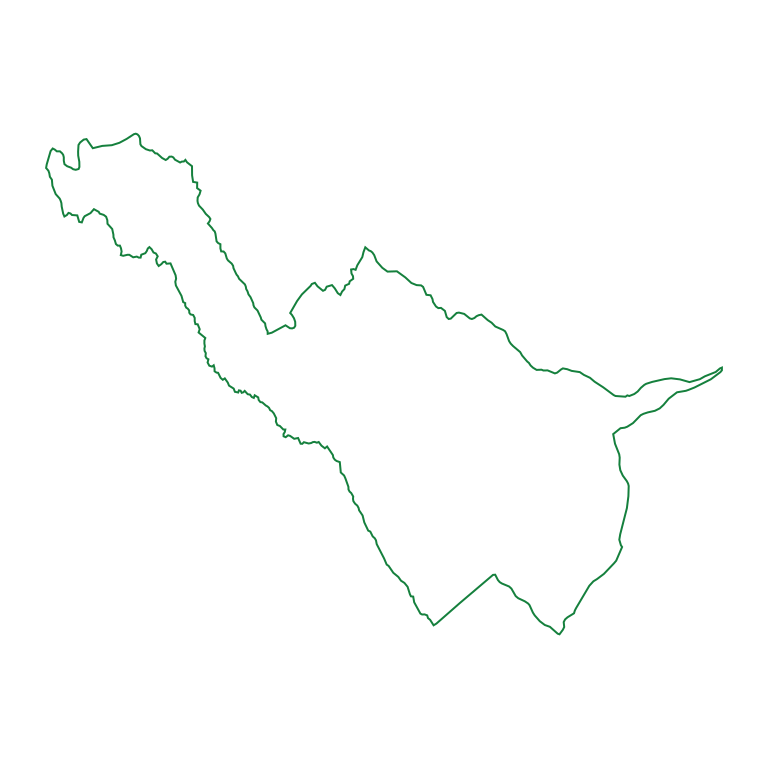 outline of Kandara, Central, Kenya
{"feature_id": "3690345B86008432218279", "entity_name": "Kandara", "entity_type": "district", "adm_level": 2, "iso_a3": "KEN", "parent_name": "Kenya", "parent_adm1": "Central", "projection": "equal_earth", "projection_center": [37.007, -0.881], "detail": "fine", "context": "isolated", "style": "outline", "palette": "green", "viewbox_px": 768, "rotation_deg": 0, "n_neighbors": 0, "source": "geoboundaries", "source_scale": "gbopen_adm2", "svg_char_len": 6076}
<svg xmlns="http://www.w3.org/2000/svg" viewBox="0 0 768 768"><path d="M574.0,613.3L574.9,610.4L576.1,608.1L589.3,585.8L593.4,581.3L597.0,579.1L603.9,573.9L614.0,563.3L616.2,560.7L622.1,547.0L620.9,545.2L619.3,539.7L620.2,534.3L626.9,508.1L628.4,496.2L628.7,486.0L628.1,483.6L626.8,481.1L622.8,475.6L620.3,470.2L619.4,464.6L619.7,457.6L619.2,454.3L615.0,443.7L613.2,434.1L620.5,428.2L624.7,427.7L627.3,426.7L633.0,423.1L640.7,415.2L643.5,413.8L647.8,412.4L654.9,410.8L659.7,408.4L663.5,404.9L668.7,398.7L677.0,392.3L685.9,390.8L688.5,389.9L694.5,387.5L710.8,379.3L720.4,372.1L721.9,370.3L721.9,367.6L720.0,368.4L715.7,372.0L704.9,376.3L699.8,379.2L689.5,382.1L680.0,379.4L671.2,378.3L664.5,379.1L652.2,381.9L646.2,383.8L644.3,384.9L640.9,387.8L637.7,391.5L634.3,394.0L629.3,396.0L627.3,395.4L625.5,396.7L615.5,396.0L613.7,395.1L603.2,387.3L594.6,381.7L590.0,377.8L583.9,374.9L579.8,372.1L571.7,370.9L567.2,369.2L562.9,368.4L561.0,369.5L557.2,372.6L554.9,373.4L547.6,370.4L543.4,370.5L541.5,369.7L536.6,369.9L533.0,367.7L530.6,365.5L528.9,362.9L527.2,361.5L522.1,355.5L520.2,352.1L513.1,346.1L510.7,343.6L509.1,341.1L506.6,334.2L505.1,331.3L503.2,330.0L495.3,326.5L491.6,322.7L487.7,320.1L481.5,314.6L478.7,315.2L476.5,316.2L474.4,318.0L471.9,319.0L469.8,318.4L464.2,313.9L458.9,312.6L456.6,313.0L450.8,318.6L448.7,319.0L446.7,317.1L444.9,310.9L441.0,307.9L438.3,308.1L436.0,306.5L433.0,301.9L432.5,299.1L430.6,295.3L426.4,294.8L423.1,286.9L421.1,285.4L416.6,285.1L411.4,283.0L405.3,277.4L396.9,271.3L387.5,271.6L382.3,267.8L376.6,261.4L374.2,255.1L372.4,252.5L370.7,251.1L369.0,250.5L365.3,247.3L363.5,252.1L362.3,257.1L357.3,265.3L355.6,269.8L353.6,269.1L351.1,269.5L351.5,273.5L353.0,276.2L353.2,278.8L349.7,281.3L349.1,283.8L345.2,285.6L344.4,289.1L342.1,291.5L340.4,295.0L337.8,293.2L334.8,288.4L332.0,285.1L326.7,286.7L325.1,289.8L323.0,290.8L317.5,286.3L314.9,282.8L311.8,284.0L310.6,285.9L301.9,294.4L297.1,301.0L290.2,313.0L292.0,315.0L294.0,318.3L295.2,321.8L295.3,325.8L294.1,327.7L292.2,328.4L289.9,328.2L285.5,325.3L271.8,332.7L267.7,333.8L267.6,331.3L266.5,329.3L265.5,326.2L265.1,323.4L261.4,319.7L260.8,317.5L257.5,310.5L254.4,307.4L253.5,305.3L253.2,303.1L250.5,297.1L248.5,294.4L247.5,291.3L246.2,289.0L245.8,286.6L244.9,284.4L239.1,278.8L237.9,276.2L236.6,274.7L235.6,272.7L233.5,268.2L233.1,265.8L231.7,263.6L228.0,260.4L226.8,258.5L225.3,253.4L223.6,251.5L221.2,251.4L220.4,248.4L220.4,244.2L218.2,243.1L216.6,241.4L215.4,233.5L214.7,231.4L213.3,230.1L212.0,228.1L207.9,223.5L209.5,221.4L210.4,219.0L209.2,217.1L205.8,213.9L202.8,209.6L199.0,205.6L197.9,203.1L197.5,200.9L197.7,197.4L199.5,194.4L200.6,190.7L197.1,188.1L197.2,182.6L193.1,181.9L192.1,175.4L192.0,166.2L187.0,162.3L185.4,159.9L183.9,161.5L181.8,161.6L180.1,162.5L175.0,159.7L173.3,157.4L171.7,156.6L169.4,156.7L167.6,158.8L165.7,160.0L162.1,158.0L157.1,153.5L155.2,153.3L152.3,150.3L149.9,150.5L145.9,149.2L141.5,146.1L140.4,144.3L140.0,138.4L139.0,136.0L137.5,134.4L135.8,133.7L133.9,134.2L126.5,139.0L119.4,142.8L111.8,145.2L102.3,145.9L92.8,148.2L86.5,139.1L83.7,139.6L80.1,142.5L78.5,145.0L78.1,151.6L78.2,155.6L79.3,161.8L79.4,167.0L78.6,169.0L75.7,169.8L73.1,169.2L71.1,167.7L67.1,166.2L64.5,164.2L63.8,160.8L63.8,157.3L63.2,154.9L62.1,153.3L59.9,151.3L56.8,151.3L54.8,149.6L52.7,148.5L50.6,151.1L46.7,164.5L46.1,168.0L48.4,170.7L49.3,173.3L49.9,176.8L51.9,179.7L52.4,185.7L55.7,194.1L59.7,198.6L60.6,200.6L61.4,203.1L61.7,206.6L63.2,213.7L64.4,216.5L66.9,215.0L68.5,212.9L70.5,213.5L72.0,215.0L77.3,215.4L79.2,221.9L81.8,222.4L83.5,217.9L84.7,216.2L90.5,213.1L93.9,209.2L98.7,211.8L99.7,213.6L103.7,214.9L106.1,216.7L107.3,220.1L107.5,223.8L112.2,229.0L113.4,234.6L113.5,237.3L114.9,240.5L115.9,244.0L117.7,245.6L119.9,245.6L121.0,248.3L121.6,251.5L120.8,255.1L123.2,255.8L127.4,254.8L129.3,254.8L133.2,257.3L136.8,256.6L138.8,257.6L140.6,257.6L141.3,254.7L145.3,253.2L146.8,251.0L147.8,248.5L149.4,247.1L151.6,249.2L153.5,252.5L155.9,253.5L157.7,256.3L156.1,259.5L156.9,263.4L158.7,266.0L161.3,264.2L163.3,262.0L165.2,261.7L166.5,263.7L170.5,263.4L175.6,275.3L176.1,278.7L175.3,281.8L175.9,285.5L181.5,295.9L183.2,302.1L185.2,303.1L185.2,305.6L186.2,307.6L187.8,308.7L189.2,310.5L189.3,312.8L190.5,314.4L193.2,315.0L194.7,317.9L194.7,321.1L195.4,324.1L197.7,324.3L199.7,329.2L198.6,332.5L205.3,338.0L204.4,340.5L204.4,343.6L204.9,346.4L204.4,348.6L204.6,350.9L205.8,353.1L205.5,356.3L206.6,358.3L208.4,359.3L207.6,362.5L209.3,365.7L212.0,366.6L213.7,365.3L214.5,368.2L214.6,371.3L216.5,372.6L218.1,372.8L220.6,377.9L222.8,379.8L224.8,378.4L227.8,382.6L229.0,385.6L233.7,388.6L234.9,391.8L238.2,392.5L238.9,390.4L240.6,390.7L241.7,392.8L243.3,392.3L244.7,390.9L247.7,394.2L250.0,394.6L251.8,397.0L253.8,397.9L254.7,395.3L258.2,397.4L258.7,400.0L260.4,402.1L262.3,402.4L265.8,405.5L267.4,406.4L269.0,407.8L270.2,410.2L271.9,411.1L273.8,413.4L276.2,418.2L275.9,421.6L277.3,425.0L279.9,426.0L283.3,429.5L285.3,429.5L284.8,432.0L283.5,434.1L283.6,436.3L285.7,437.2L288.1,435.3L290.1,435.9L294.2,438.8L298.1,438.0L300.6,443.7L302.3,443.8L303.9,442.2L308.7,443.5L311.2,443.0L312.9,442.1L314.6,441.9L316.9,442.7L318.7,442.0L321.5,445.7L324.9,448.3L327.1,446.5L332.9,455.1L333.3,457.5L334.8,459.7L336.6,461.0L339.8,462.1L340.8,472.5L344.1,475.5L345.4,478.4L348.4,486.8L348.5,489.5L349.6,491.6L351.2,493.0L353.2,496.5L353.0,498.9L353.4,501.2L355.1,503.7L357.3,505.6L358.6,508.0L359.1,510.3L362.6,515.5L364.3,522.4L368.2,530.6L370.3,531.6L372.7,536.4L374.8,538.3L376.0,540.4L376.7,544.1L384.1,558.5L386.7,564.6L388.6,565.9L393.3,572.8L398.3,576.9L401.0,580.7L404.4,582.9L407.6,586.8L409.9,594.2L410.9,596.3L413.2,596.6L414.2,602.3L420.4,613.6L422.1,614.5L424.6,614.4L427.2,615.4L428.0,618.1L430.1,619.8L433.6,625.3L436.4,623.6L459.9,603.0L493.0,574.9L495.2,574.7L497.9,580.0L499.7,582.1L501.9,583.5L509.1,586.5L511.4,588.6L515.7,596.1L518.2,598.2L524.8,601.3L528.1,603.5L529.5,605.1L532.9,612.6L534.7,615.4L539.8,621.2L544.8,625.0L549.9,626.8L557.7,633.7L559.5,634.3L562.9,629.7L564.2,627.0L563.7,622.1L565.1,619.4L567.5,617.3L574.0,613.3Z" fill="none" stroke="#15803d" stroke-width="2"/></svg>